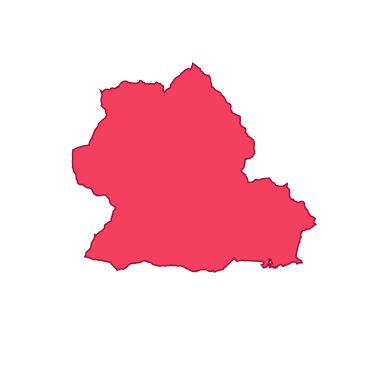 Valea Doftanei, Prahova, Romania, rotated 301°
{"feature_id": "2599482B14208622579694", "entity_name": "Valea Doftanei", "entity_type": "district", "adm_level": 2, "iso_a3": "ROU", "parent_name": "Romania", "parent_adm1": "Prahova", "projection": "natural_earth1", "projection_center": [25.733, 45.364], "detail": "fine", "context": "isolated", "style": "filled", "palette": "rose", "viewbox_px": 384, "rotation_deg": 301, "n_neighbors": 0, "source": "geoboundaries", "source_scale": "gbopen_adm2", "svg_char_len": 6050}
<svg xmlns="http://www.w3.org/2000/svg" viewBox="0 0 384 384"><g transform="rotate(301 192 192)"><path d="M188.1,322.6L187.9,321.8L189.4,321.3L189.4,319.2L188.7,318.4L189.5,316.9L189.8,314.7L192.1,313.5L198.7,311.2L199.8,311.1L201.5,310.2L203.7,310.0L204.8,310.2L205.6,309.5L208.4,308.5L209.7,308.8L210.3,307.9L213.0,306.6L213.8,306.8L214.5,306.4L214.8,306.7L215.9,306.8L216.6,308.0L218.6,309.1L220.7,311.7L224.4,313.3L225.3,313.4L227.9,314.9L228.2,314.2L227.8,312.9L228.3,312.3L230.1,311.4L232.3,311.5L232.9,311.1L233.0,309.1L232.5,305.6L233.3,304.4L234.0,302.2L235.5,301.1L235.8,300.5L236.1,299.1L236.9,297.8L237.4,296.4L239.3,294.8L240.3,294.3L240.9,292.4L240.4,290.7L238.8,289.2L238.3,289.1L237.6,288.2L237.6,286.4L236.9,283.7L238.0,282.6L236.7,280.8L237.7,279.7L237.9,278.7L240.2,276.4L241.7,276.2L242.4,275.3L243.2,275.0L244.3,274.0L244.9,271.3L245.6,270.5L248.3,269.3L247.2,268.6L244.8,267.8L243.5,266.7L241.3,262.8L240.9,260.4L241.9,258.2L241.8,254.8L242.7,253.7L242.9,252.8L243.7,251.3L243.3,250.6L242.5,249.7L241.9,248.3L240.5,246.9L239.8,245.8L238.6,244.5L237.1,243.9L236.5,242.9L235.6,240.3L234.8,239.7L233.3,239.5L232.1,238.9L230.9,237.8L229.2,235.4L230.4,233.9L231.8,232.7L233.8,229.1L234.4,228.3L234.3,226.7L234.9,224.7L235.3,223.9L236.1,223.2L237.0,223.1L238.6,223.8L239.8,223.8L245.2,221.9L247.4,220.6L249.0,222.6L251.4,224.8L253.9,225.8L254.9,225.4L257.4,225.6L258.8,225.1L260.8,222.8L265.7,220.4L266.9,219.4L268.3,217.6L268.2,216.2L268.7,214.8L268.7,211.7L270.1,209.1L270.3,208.6L270.0,207.3L272.4,206.4L273.6,205.4L274.2,204.5L273.8,201.0L274.3,199.6L275.3,198.2L276.3,197.3L277.8,196.9L279.4,195.7L281.3,194.8L281.5,193.4L281.1,191.2L280.7,186.5L281.9,183.6L282.9,182.3L285.4,181.2L286.4,180.6L286.7,179.9L286.9,178.1L286.6,177.0L286.5,175.4L288.5,173.0L288.7,171.8L290.0,170.2L290.4,167.3L291.5,165.9L291.7,162.8L291.3,159.3L292.6,155.8L292.2,154.8L294.0,153.6L295.3,152.3L295.4,151.7L297.6,150.2L299.9,147.8L300.7,146.4L300.1,145.2L299.3,144.7L299.5,143.6L299.2,142.8L299.5,141.9L299.4,141.2L300.3,139.1L300.2,138.1L300.3,137.5L300.9,136.4L301.8,135.7L301.8,133.9L302.7,126.4L300.8,127.1L296.1,127.7L296.0,125.2L292.8,123.3L287.8,121.8L285.5,121.5L281.3,119.3L279.2,118.9L273.5,118.6L272.2,118.8L271.2,119.5L270.1,119.5L269.3,119.3L268.0,118.3L266.1,117.4L263.3,117.0L263.7,116.6L264.1,115.0L267.9,113.0L268.1,112.6L267.9,111.2L268.5,109.1L267.9,108.1L267.8,105.3L266.8,104.7L265.1,104.3L264.1,101.7L262.5,99.5L262.0,98.2L260.9,97.2L260.7,95.8L261.0,95.1L260.8,92.7L261.2,91.6L261.0,90.4L260.5,90.0L258.3,90.3L256.0,87.7L253.7,82.8L253.2,81.0L253.2,79.0L252.0,76.8L250.3,75.6L248.6,75.0L247.1,74.8L244.2,75.0L244.5,74.3L242.5,73.3L241.2,73.0L240.3,71.1L240.1,70.0L238.8,70.1L239.0,69.4L238.7,69.1L237.3,68.8L236.4,66.5L235.2,65.0L233.7,64.2L231.9,63.9L231.9,61.4L229.2,64.7L228.6,65.1L224.7,66.3L222.6,67.6L221.0,69.6L219.3,69.7L218.7,71.2L218.2,75.2L215.6,77.1L215.1,78.4L214.0,79.4L212.5,79.3L210.8,79.5L206.9,77.9L203.4,77.1L202.1,77.0L200.1,77.5L194.5,76.9L190.2,77.8L187.6,78.1L186.7,78.6L184.5,78.3L181.3,78.7L179.4,79.6L178.2,78.6L177.7,77.7L175.1,74.9L171.2,71.3L169.6,70.0L168.3,69.5L166.6,68.3L162.6,70.3L159.6,72.4L156.4,73.9L153.5,76.0L151.5,76.9L150.6,78.5L148.7,79.8L148.4,80.9L147.2,83.6L144.2,85.6L142.3,88.1L141.1,89.1L140.7,89.8L140.5,91.1L140.7,91.9L141.3,93.6L142.3,94.7L141.8,95.8L141.8,97.0L141.6,97.6L141.7,100.2L142.4,101.3L143.0,103.7L142.6,105.2L141.6,106.0L141.2,107.0L139.9,108.7L140.1,109.8L139.8,112.1L141.7,115.1L143.4,116.8L144.9,119.4L144.7,120.7L143.9,122.2L143.9,123.6L142.1,126.1L140.5,127.3L139.8,129.1L139.5,130.5L139.7,133.2L139.2,134.9L134.4,134.5L132.5,135.4L127.8,136.4L125.3,137.8L123.1,136.0L120.4,135.1L119.3,134.3L118.6,134.3L115.8,135.6L112.5,134.9L109.5,133.1L105.6,131.9L105.3,131.5L105.3,130.5L103.4,131.9L95.6,132.4L92.1,134.0L89.8,133.9L86.0,132.3L83.0,133.3L81.3,133.4L81.7,134.2L82.9,139.1L83.5,142.9L84.2,143.7L85.2,145.7L85.4,147.3L86.6,148.7L87.6,152.5L89.8,158.6L88.8,160.0L87.8,164.2L87.3,165.4L87.3,166.6L86.4,168.1L89.6,170.8L90.5,173.0L93.1,174.4L96.1,175.1L99.2,176.3L100.8,178.4L101.5,180.0L102.2,180.2L104.0,182.9L106.7,185.1L108.1,185.8L108.8,186.9L108.7,188.1L109.1,188.5L109.4,189.5L109.4,190.9L110.0,191.8L110.3,193.3L110.3,194.0L109.6,195.4L111.8,202.4L112.5,203.4L113.8,204.5L114.0,205.4L115.0,207.4L116.6,209.2L117.1,210.1L118.5,211.8L119.4,214.1L120.9,215.9L120.9,216.9L121.3,217.9L123.1,220.6L123.8,225.4L123.5,226.7L124.0,228.5L123.9,231.4L124.4,233.9L125.5,235.2L125.9,236.6L127.0,237.1L128.1,238.2L128.9,238.5L130.1,239.6L131.6,242.5L132.6,243.4L132.8,244.8L132.5,246.5L133.5,248.8L134.3,249.9L135.3,250.4L135.3,251.2L134.9,251.8L135.1,252.6L136.7,253.5L138.8,255.7L139.6,256.0L140.6,257.5L142.0,258.7L144.3,258.5L144.5,259.1L145.4,259.5L146.6,259.5L148.5,260.0L151.1,261.1L152.5,261.1L154.0,261.5L154.6,262.0L157.2,262.4L156.4,263.6L156.3,264.7L155.7,265.4L155.8,266.1L159.0,269.4L160.1,271.7L160.1,272.5L160.5,272.7L161.0,273.5L168.5,287.4L168.8,288.7L168.6,289.3L168.8,289.8L167.0,290.5L165.6,288.8L164.9,290.6L164.5,290.7L164.2,291.3L164.0,292.8L164.8,293.1L166.4,294.7L167.2,294.3L167.7,295.0L168.2,294.3L168.5,294.3L168.7,295.2L169.1,295.1L169.5,295.3L170.1,294.9L170.5,295.3L170.8,294.6L170.7,294.2L171.0,294.0L172.0,294.1L172.6,293.5L173.1,294.1L174.0,293.1L174.0,292.9L174.8,292.7L174.6,293.7L174.8,293.7L174.8,294.0L174.2,295.2L172.9,296.2L173.0,296.5L172.5,296.9L172.3,296.6L171.9,296.7L171.9,297.3L171.0,296.6L171.0,296.8L170.4,296.8L169.0,296.1L168.6,296.4L168.3,296.3L167.9,296.3L168.9,296.7L168.6,297.3L167.4,297.4L167.2,297.8L168.1,298.4L168.8,298.3L169.7,299.3L169.8,299.5L169.1,300.4L169.6,300.6L169.3,300.8L169.6,300.9L169.5,301.6L170.0,302.9L170.8,302.2L171.1,303.6L173.4,303.6L173.9,304.3L174.6,304.4L174.8,304.9L175.4,305.4L175.6,306.6L175.1,307.7L175.4,308.5L176.1,308.7L175.9,309.0L176.4,309.3L177.0,309.2L177.3,309.5L177.7,310.3L178.4,310.9L182.7,313.6L183.7,314.0L185.6,317.7L184.4,318.9L184.7,319.4L185.9,319.7L186.8,321.3L187.6,321.9L187.7,322.5L188.1,322.6Z" fill="#f43f5e" stroke="#9f1239" stroke-width="1.5"/></g></svg>